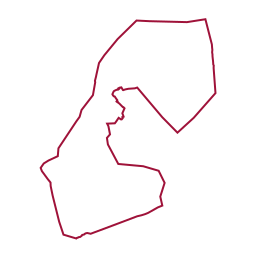 San Andrés Sinaxtla, Oaxaca, Mexico (Equal Earth projection), rotated 266°
{"feature_id": "50627088B95640219067046", "entity_name": "San Andrés Sinaxtla", "entity_type": "district", "adm_level": 2, "iso_a3": "MEX", "parent_name": "Mexico", "parent_adm1": "Oaxaca", "projection": "equal_earth", "projection_center": [-97.298, 17.485], "detail": "fine", "context": "isolated", "style": "outline", "palette": "rose", "viewbox_px": 256, "rotation_deg": 266, "n_neighbors": 0, "source": "geoboundaries", "source_scale": "gbopen_adm2", "svg_char_len": 1521}
<svg xmlns="http://www.w3.org/2000/svg" viewBox="0 0 256 256"><g transform="rotate(266 128 128)"><path d="M138.2,76.9L112.6,57.2L104.8,56.0L101.1,46.4L98.5,41.5L94.3,38.1L91.0,39.1L82.6,44.4L79.0,46.9L75.5,46.8L65.9,48.1L39.3,52.8L26.1,56.2L21.4,68.7L21.9,69.2L22.0,70.2L22.3,70.5L22.6,71.5L22.6,72.5L23.7,74.3L24.3,74.6L24.6,75.4L24.8,76.7L25.0,77.1L25.4,77.4L25.9,78.6L26.1,80.0L25.1,83.4L26.1,86.7L33.5,111.7L39.3,131.0L40.0,135.3L40.9,139.1L41.9,142.1L46.7,152.2L48.2,156.8L57.3,155.4L70.7,160.7L83.2,155.6L88.8,140.5L92.8,115.8L113.0,106.8L119.6,106.3L122.9,109.6L131.1,108.6L133.8,107.5L133.6,115.2L135.1,116.5L138.8,119.4L137.0,121.7L137.1,122.4L138.2,123.4L139.2,123.1L139.6,124.4L143.1,123.4L147.9,125.9L149.1,124.9L149.1,124.4L153.2,120.9L154.7,119.0L155.1,119.3L155.4,118.5L156.6,119.2L158.3,118.1L160.3,117.0L160.7,115.9L161.4,115.6L161.8,115.2L162.8,114.8L165.4,116.2L166.0,116.9L166.9,119.2L167.0,121.0L167.7,121.9L168.3,121.3L168.8,122.3L169.0,124.2L166.2,125.6L166.1,125.8L166.7,128.1L167.1,131.2L167.1,135.5L167.1,137.6L167.7,140.0L136.4,162.9L119.9,177.0L133.6,194.3L156.7,217.7L181.6,217.6L183.0,217.7L184.3,217.9L185.4,217.5L189.1,217.5L190.9,217.4L193.8,217.3L195.4,217.4L197.7,217.2L200.0,217.6L202.4,217.5L202.9,217.5L205.5,217.5L231.1,212.8L229.5,194.2L231.5,173.3L233.1,156.5L234.6,144.0L217.5,123.9L202.3,109.5L195.0,103.7L194.5,103.5L191.8,102.7L182.7,100.0L181.5,99.7L177.3,98.3L176.0,98.5L163.2,95.3L149.2,82.9L142.5,80.5L138.2,76.9Z" fill="none" stroke="#9f1239" stroke-width="2"/></g></svg>